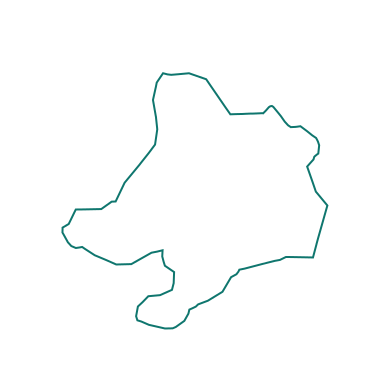 the district of Dhamar City, Dhamar, Yemen, rotated 250°
{"feature_id": "15242507B10067021496798", "entity_name": "Dhamar City", "entity_type": "district", "adm_level": 2, "iso_a3": "YEM", "parent_name": "Yemen", "parent_adm1": "Dhamar", "projection": "robinson", "projection_center": [44.393, 14.606], "detail": "fine", "context": "isolated", "style": "outline", "palette": "teal", "viewbox_px": 384, "rotation_deg": 250, "n_neighbors": 0, "source": "geoboundaries", "source_scale": "gbopen_adm2", "svg_char_len": 2050}
<svg xmlns="http://www.w3.org/2000/svg" viewBox="0 0 384 384"><g transform="rotate(250 192 192)"><path d="M186.2,58.6L182.5,60.1L179.1,63.7L178.4,67.1L177.9,70.0L175.2,71.9L165.8,79.0L163.6,81.4L157.3,88.2L149.8,96.0L145.0,110.3L148.8,133.2L147.9,138.9L147.3,144.4L141.6,142.0L136.3,141.5L132.0,141.3L122.9,147.8L112.6,143.6L106.9,139.7L106.0,126.7L109.0,115.3L105.4,107.9L102.9,102.0L94.4,97.0L90.1,96.8L87.6,100.1L81.9,106.1L73.0,119.9L70.5,127.2L70.7,130.6L73.5,140.7L78.9,147.0L82.4,149.3L82.6,152.5L83.0,156.4L84.3,159.3L84.4,168.4L84.4,169.7L87.8,186.5L98.6,199.6L99.5,205.6L101.3,208.4L102.8,209.9L102.0,215.3L100.3,233.5L99.0,246.1L98.1,251.4L98.7,257.0L98.8,258.0L98.2,259.7L92.7,274.0L89.1,283.3L100.3,291.1L100.5,291.2L105.6,294.8L117.5,303.4L130.4,312.7L133.0,314.6L140.8,311.8L150.0,308.5L159.5,308.7L176.5,308.9L179.0,313.5L179.6,314.6L179.7,314.8L180.7,316.7L181.0,317.3L182.0,318.0L183.3,319.0L183.6,319.7L183.7,319.9L183.7,320.1L183.8,320.3L184.2,321.4L184.6,322.6L184.9,323.8L185.7,324.2L186.1,324.4L191.0,326.8L192.1,327.3L192.4,327.5L193.5,327.5L196.1,327.6L198.1,327.4L200.3,327.1L204.2,324.3L210.0,320.8L216.7,316.4L217.2,314.1L217.5,312.6L217.7,312.0L217.8,311.4L219.0,307.6L219.1,307.1L221.8,305.1L226.4,303.2L230.9,302.0L232.8,301.5L236.9,300.1L244.2,297.5L245.5,296.5L245.7,295.3L245.8,294.9L245.6,294.1L245.4,293.2L243.8,290.3L243.1,289.0L241.8,286.2L241.7,285.9L241.6,285.7L241.9,285.3L242.3,284.1L243.3,280.9L244.8,276.2L245.6,274.0L246.9,269.9L247.7,267.3L247.8,266.9L250.1,260.1L251.9,254.6L252.3,254.5L260.5,252.3L286.4,245.6L293.1,243.9L304.6,229.8L307.3,219.6L309.2,212.6L310.9,209.2L313.5,205.4L306.9,196.3L302.8,193.8L301.1,192.7L291.8,186.8L275.5,183.9L274.7,183.8L274.1,183.6L264.0,181.1L263.7,181.0L262.8,180.8L258.3,178.4L249.2,173.5L243.3,164.5L236.8,153.9L235.7,152.2L233.3,148.1L223.8,131.9L209.2,117.0L210.4,113.2L207.0,100.9L212.7,84.2L213.4,82.2L215.3,76.8L206.5,67.7L204.1,65.2L202.8,58.2L200.7,57.4L198.2,56.4L196.6,56.7L187.1,58.2L186.2,58.6Z" fill="none" stroke="#0f766e" stroke-width="2"/></g></svg>